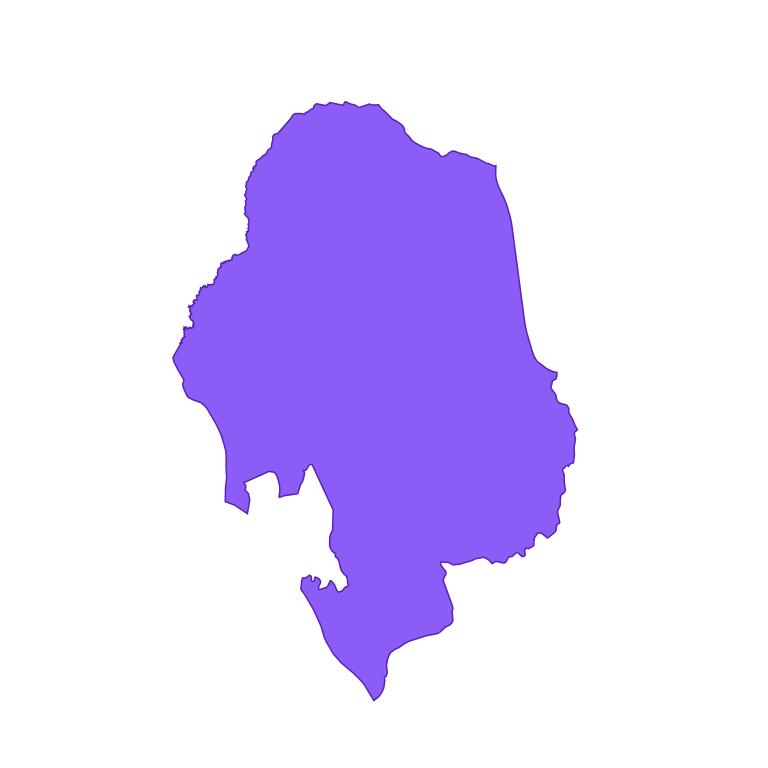 outline of Chetr Borei, Krâchéh, Cambodia, rotated 335°
{"feature_id": "14789045B88905029320909", "entity_name": "Chetr Borei", "entity_type": "district", "adm_level": 2, "iso_a3": "KHM", "parent_name": "Cambodia", "parent_adm1": "Krâchéh", "projection": "equal_earth", "projection_center": [106.168, 12.563], "detail": "fine", "context": "isolated", "style": "filled", "palette": "violet", "viewbox_px": 768, "rotation_deg": 335, "n_neighbors": 0, "source": "geoboundaries", "source_scale": "gbopen_adm2", "svg_char_len": 6171}
<svg xmlns="http://www.w3.org/2000/svg" viewBox="0 0 768 768"><g transform="rotate(335 384 384)"><path d="M346.7,627.1L349.5,619.2L351.2,617.3L352.2,614.3L354.6,587.3L355.2,586.0L359.8,582.5L360.8,580.5L359.3,573.7L359.4,570.6L360.3,569.3L366.8,572.8L370.1,577.1L376.6,579.3L389.3,581.2L393.0,581.0L401.5,583.3L404.6,587.7L406.0,592.5L409.9,592.1L411.2,592.5L416.9,596.9L418.4,597.1L419.7,596.6L423.8,593.4L427.1,594.5L433.2,592.7L434.2,593.8L436.0,598.6L438.2,599.4L439.5,598.8L440.1,597.9L440.8,594.8L442.5,593.2L443.4,592.8L445.7,594.4L451.5,593.8L453.6,589.6L455.5,586.9L460.3,584.1L461.1,584.1L463.6,585.8L466.0,590.2L466.6,592.2L467.7,592.7L476.6,590.4L478.4,589.0L480.5,585.1L484.2,584.1L484.9,583.4L487.0,574.0L487.8,572.3L492.4,568.5L495.2,562.7L496.8,560.4L497.8,559.2L500.6,558.9L502.3,558.1L503.7,556.6L505.7,549.6L508.9,542.4L509.2,538.3L509.9,536.6L512.3,536.2L513.8,535.2L515.6,535.2L516.5,536.7L518.5,535.1L522.3,535.5L526.5,529.1L529.3,522.1L534.3,514.8L535.4,509.5L536.2,508.4L540.0,507.2L539.6,501.7L540.1,495.8L539.4,489.1L539.7,487.3L541.1,484.3L541.1,482.6L540.7,480.5L539.8,479.4L536.3,476.7L534.1,474.0L534.0,470.0L534.8,468.4L535.1,466.1L533.6,458.6L534.2,457.0L536.1,455.1L537.3,453.0L538.2,452.4L541.9,452.1L543.6,450.4L545.7,446.7L541.8,443.7L538.0,439.0L532.2,428.0L531.7,422.0L532.4,415.3L535.4,396.0L537.4,388.2L567.5,292.3L569.0,285.8L571.0,272.9L571.3,266.4L571.2,253.5L572.0,247.0L573.4,242.0L577.6,233.5L576.6,233.4L575.2,232.3L571.6,228.1L569.9,227.0L563.9,218.9L558.3,214.7L555.8,210.9L550.4,207.0L546.2,202.7L544.0,201.7L539.9,202.1L537.7,203.0L533.9,202.8L532.1,202.1L531.5,200.8L531.1,198.1L526.3,191.3L521.6,187.9L517.2,182.9L513.3,177.3L512.2,174.6L511.0,169.6L509.2,165.3L510.3,161.1L510.2,158.7L509.4,156.4L506.6,151.3L503.6,147.6L499.6,136.3L498.1,133.6L497.2,128.7L490.9,126.1L489.3,124.2L479.0,122.9L477.5,122.2L475.9,119.2L471.7,115.8L468.6,112.0L467.4,112.0L464.8,114.2L453.9,106.0L450.2,107.0L448.3,106.6L441.4,101.6L440.5,101.5L438.1,102.3L436.5,104.4L433.1,104.2L431.0,105.1L427.6,104.9L426.1,105.9L423.8,104.2L417.9,101.4L415.1,101.7L411.4,104.1L393.7,112.0L389.8,111.4L387.9,112.6L386.3,115.9L383.3,119.5L382.3,121.5L380.9,122.5L377.6,122.8L375.5,124.8L374.3,125.7L373.4,125.6L373.0,126.1L371.1,125.8L366.0,127.7L364.1,127.6L362.3,128.2L360.2,132.0L358.7,132.4L358.4,131.7L357.2,133.4L356.8,132.8L356.3,133.3L355.9,135.3L352.9,136.0L351.0,138.7L348.6,139.8L346.7,142.5L344.7,142.8L343.2,145.6L342.1,146.2L342.1,149.2L339.7,151.9L339.4,153.3L337.7,153.5L337.5,155.6L338.0,157.1L337.5,158.5L336.5,159.5L335.8,159.5L335.3,162.1L334.0,163.9L332.8,164.6L332.3,166.5L331.7,166.7L331.3,170.3L329.6,170.3L329.8,173.1L331.1,175.8L330.0,180.8L328.3,181.7L328.4,182.8L327.8,184.3L326.6,185.5L326.4,187.0L325.6,188.2L323.9,187.9L323.4,189.5L322.6,189.7L321.6,191.0L322.0,191.9L320.4,194.7L320.1,200.5L319.3,202.9L318.7,202.8L316.3,204.7L314.6,205.2L310.7,205.1L308.8,205.5L305.5,205.6L304.1,203.7L303.3,204.2L302.6,203.5L301.6,203.6L299.4,205.4L299.4,206.3L297.9,206.9L297.0,206.7L296.4,207.3L295.3,206.2L294.4,206.5L293.9,205.9L293.1,206.4L292.3,206.0L291.8,206.6L290.9,205.5L290.0,206.0L290.0,206.8L289.2,206.9L288.4,205.7L287.3,205.8L286.6,206.4L286.2,208.6L285.7,208.4L284.9,209.5L283.5,209.2L282.2,209.7L280.8,212.1L280.1,212.4L279.9,213.8L278.5,216.0L277.2,215.8L276.6,217.4L275.5,217.0L274.8,217.9L274.1,217.7L272.9,220.7L271.8,221.3L269.7,221.3L269.4,220.8L267.1,220.2L266.6,219.4L264.8,221.5L264.1,221.5L263.4,220.9L263.7,219.4L262.5,219.6L262.1,218.9L261.5,219.0L261.3,220.0L260.4,219.5L258.6,220.2L258.3,219.4L256.4,222.4L255.7,222.0L254.1,224.8L252.6,225.1L251.8,224.4L251.1,225.0L250.9,227.4L250.0,228.7L248.6,227.7L246.3,228.2L246.5,230.4L245.7,229.9L245.7,230.7L244.9,231.4L243.1,231.6L243.2,232.3L242.6,232.6L240.5,230.7L240.4,231.7L239.3,231.7L240.4,233.3L239.2,234.8L239.4,235.5L238.8,235.8L239.1,236.9L238.8,238.0L239.7,238.7L238.6,239.7L237.7,239.5L236.8,240.9L236.1,240.6L236.4,242.2L236.0,243.3L236.4,244.7L237.7,246.1L237.1,246.8L237.4,247.6L236.9,248.0L237.2,249.2L236.6,249.8L235.7,249.6L235.2,250.8L235.8,251.7L235.2,252.2L233.3,252.1L232.5,250.9L232.3,251.6L231.3,251.0L230.7,251.2L230.5,250.6L229.1,251.0L228.9,248.9L228.2,248.5L227.6,248.5L227.8,250.3L227.4,249.7L227.0,250.3L226.4,250.0L226.5,248.5L225.4,249.9L225.6,251.6L224.5,252.8L224.0,255.1L223.3,255.7L223.6,257.1L221.4,257.0L219.5,258.9L219.0,258.4L218.3,260.2L218.5,261.3L217.6,261.7L217.3,260.5L216.1,260.9L216.2,261.7L215.3,262.6L203.8,270.9L203.0,275.1L203.3,284.6L204.4,295.3L203.7,296.9L201.7,298.7L201.1,300.1L200.5,303.2L200.5,311.7L200.8,313.0L203.8,317.2L210.0,323.3L211.7,326.5L212.7,329.4L213.4,333.0L214.9,349.7L215.0,360.4L213.1,374.1L211.7,379.6L210.4,383.0L205.6,392.9L201.6,402.8L196.6,410.9L190.4,423.6L197.3,430.4L205.4,443.8L213.5,432.0L214.8,426.0L213.3,421.4L215.3,418.9L215.8,417.1L215.1,414.2L242.8,414.6L247.4,417.7L248.0,420.8L247.7,425.7L246.7,430.7L245.5,434.5L243.3,438.7L241.1,441.9L241.5,442.6L246.0,443.0L259.5,447.0L265.5,440.2L269.2,437.7L271.4,435.3L274.3,431.4L274.4,428.5L275.8,429.2L278.0,428.6L280.1,426.9L282.4,425.9L284.8,426.2L284.7,476.7L275.3,495.3L273.7,496.1L270.3,499.5L266.4,507.5L266.0,510.6L266.3,513.2L267.1,515.5L268.4,516.8L266.9,519.9L268.1,522.1L268.2,526.1L266.9,531.7L266.6,535.6L267.4,539.4L268.5,541.5L268.5,545.0L266.9,549.0L266.6,551.8L262.3,551.9L259.3,553.6L255.2,553.6L254.5,553.0L254.0,551.0L254.3,545.0L253.8,542.6L252.8,539.9L252.1,539.5L247.5,543.6L246.0,544.0L239.1,543.2L238.1,542.2L238.9,540.4L242.4,537.4L243.2,535.6L242.9,533.5L241.8,531.5L240.0,529.9L239.2,530.2L238.4,532.2L237.1,533.0L235.7,532.7L235.1,531.7L236.7,528.0L236.4,526.4L235.4,525.8L230.7,526.6L228.5,525.4L227.8,525.9L226.9,526.6L221.9,534.8L223.3,542.6L224.8,559.7L224.6,576.6L222.8,588.6L222.7,592.8L224.0,607.0L227.3,618.4L234.1,633.1L238.0,643.9L239.1,648.4L241.0,666.6L247.5,665.0L252.0,662.3L255.5,659.2L259.3,653.3L260.5,649.8L262.5,649.8L265.1,646.8L267.2,640.2L271.4,634.4L274.4,631.5L276.8,630.1L281.5,629.1L286.2,629.2L292.9,627.9L297.8,627.7L315.0,629.9L327.3,632.8L330.8,632.3L336.8,630.3L342.0,630.2L345.0,628.9L346.7,627.1Z" fill="#8b5cf6" stroke="#5b21b6" stroke-width="1.5"/></g></svg>